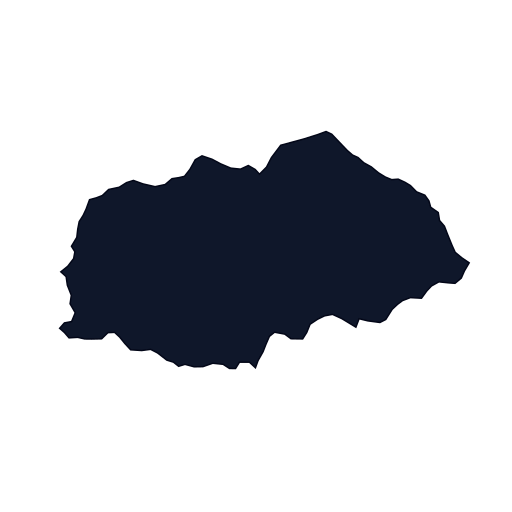 the district of Luiziânia, São Paulo, Brazil, rotated 348°
{"feature_id": "56859067B86388687995531", "entity_name": "Luiziânia", "entity_type": "district", "adm_level": 2, "iso_a3": "BRA", "parent_name": "Brazil", "parent_adm1": "São Paulo", "projection": "orthographic", "projection_center": [-50.352, -21.674], "detail": "fine", "context": "isolated", "style": "filled", "palette": "ink", "viewbox_px": 512, "rotation_deg": 348, "n_neighbors": 0, "source": "geoboundaries", "source_scale": "gbopen_adm2", "svg_char_len": 1730}
<svg xmlns="http://www.w3.org/2000/svg" viewBox="0 0 512 512"><g transform="rotate(348 256 256)"><path d="M350.4,148.8L341.4,150.1L326.7,151.5L303.2,152.8L291.6,162.9L284.8,171.2L276.4,176.7L273.2,171.2L267.3,165.9L258.9,167.8L249.6,164.8L240.6,158.5L233.1,152.2L224.0,146.8L216.6,149.2L209.4,157.5L202.6,163.2L196.7,163.3L189.9,162.9L182.0,167.2L171.7,167.2L160.5,162.0L151.8,156.6L144.6,157.3L136.5,160.3L125.7,160.3L118.2,164.9L111.9,165.9L104.9,166.3L99.5,174.9L95.4,180.3L90.2,185.6L87.2,192.7L84.6,200.5L77.5,208.1L79.7,214.2L77.1,220.6L69.7,226.9L61.8,230.9L66.0,236.7L65.4,245.3L67.2,256.0L64.2,264.1L67.4,273.9L62.0,281.8L54.7,281.6L48.9,285.9L52.7,291.0L56.1,297.2L64.7,298.5L71.2,301.5L77.8,303.0L87.8,304.9L95.2,300.2L101.8,301.3L105.8,307.0L109.5,314.3L113.9,321.7L124.6,324.7L133.5,325.4L139.5,330.3L147.1,339.3L153.2,342.7L157.4,347.8L164.0,347.2L172.4,351.5L181.1,353.2L191.4,351.9L201.3,355.1L206.7,360.5L212.6,361.8L217.8,356.4L227.5,358.5L232.2,365.2L236.2,358.8L243.0,351.1L247.2,344.7L252.4,337.4L258.3,334.4L267.9,338.4L273.0,344.2L284.4,346.8L289.7,341.4L294.7,334.0L303.0,330.7L310.6,328.8L318.7,329.0L326.8,335.0L333.2,341.0L338.9,346.4L343.8,338.8L351.9,342.7L363.4,346.8L369.7,345.1L378.1,336.5L384.4,332.7L390.0,330.1L398.3,328.8L409.1,331.7L415.8,325.7L421.4,321.8L429.5,319.3L439.1,322.4L445.0,324.1L452.2,320.3L456.8,313.9L463.1,307.0L456.8,300.4L451.6,293.8L450.0,286.5L447.9,274.8L446.5,266.0L442.9,259.4L443.3,251.4L437.0,244.6L436.6,238.0L433.8,231.6L426.4,226.6L421.7,219.2L417.1,214.9L411.1,210.4L404.6,209.5L399.0,205.7L393.1,200.1L387.3,192.8L380.7,187.1L376.3,180.9L371.4,177.3L367.2,171.7L360.7,161.2L355.4,152.6L350.4,148.8Z" fill="#0f172a" stroke="#020617" stroke-width="1.5"/></g></svg>